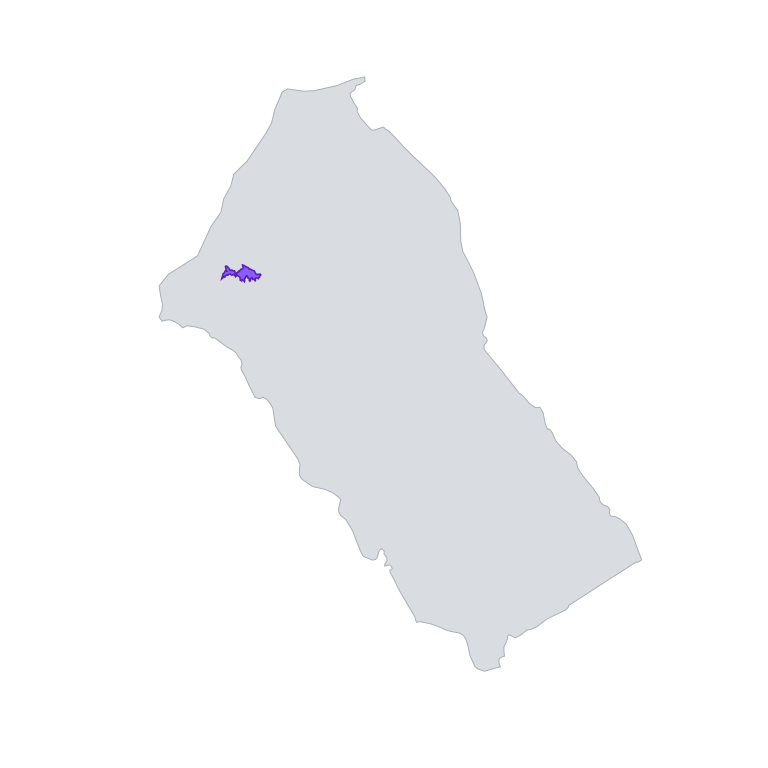 location of Yilo Krobo, Eastern, Ghana, rotated 148°
{"feature_id": "2480657B63323125119927", "entity_name": "Yilo Krobo", "entity_type": "district", "adm_level": 2, "iso_a3": "GHA", "parent_name": "Ghana", "parent_adm1": "Eastern", "projection": "equal_earth", "projection_center": [-0.125, 6.157], "detail": "fine", "context": "in_parent", "style": "filled", "palette": "violet", "viewbox_px": 768, "rotation_deg": 148, "n_neighbors": 0, "source": "geoboundaries", "source_scale": "gbopen_adm2", "svg_char_len": 7586}
<svg xmlns="http://www.w3.org/2000/svg" viewBox="0 0 768 768"><g transform="rotate(148 384 384)"><path d="M451.2,87.3L455.6,92.9L456.6,96.2L455.0,108.3L451.7,116.8L449.7,124.8L449.9,128.8L451.9,132.8L458.7,139.0L462.2,143.1L466.3,149.3L471.0,155.3L479.1,163.2L482.5,164.6L482.4,166.8L481.2,169.8L480.5,199.0L479.9,206.6L479.3,210.4L478.6,221.3L477.7,222.9L476.2,222.7L474.8,223.2L474.4,225.3L475.0,227.6L479.9,229.2L478.8,230.8L475.2,232.3L473.5,235.6L474.2,239.4L472.3,242.4L472.8,244.4L474.1,245.9L476.2,245.3L481.9,240.3L484.3,239.7L487.2,240.8L492.7,248.5L492.9,252.3L490.7,265.1L488.5,275.1L488.1,288.4L490.4,295.8L490.1,299.9L487.6,303.5L482.0,308.6L482.4,312.1L485.0,318.6L489.8,325.9L499.0,334.9L504.0,346.6L504.1,351.4L501.2,356.2L497.9,360.3L496.8,366.3L498.3,405.7L491.0,422.7L490.9,427.6L491.6,433.3L493.6,436.7L497.3,437.6L500.4,440.9L499.4,452.9L497.7,465.2L497.5,471.1L496.6,473.9L493.7,476.2L492.6,480.1L493.3,484.8L492.8,488.3L494.4,492.9L497.7,498.6L503.1,512.7L505.2,513.8L506.1,516.8L505.5,519.7L507.6,525.9L513.6,532.2L519.9,537.6L525.0,538.4L526.2,543.3L529.6,549.5L532.0,552.2L535.9,554.0L539.0,554.9L539.2,560.2L533.5,563.8L529.6,569.2L526.6,577.5L522.6,586.5L508.5,591.3L503.1,591.3L474.2,591.5L447.1,609.4L431.6,615.8L422.0,625.8L409.1,633.0L400.1,641.6L381.4,645.8L350.7,659.5L341.1,664.9L331.4,674.4L315.6,685.5L309.4,685.3L297.0,674.9L287.8,669.7L265.0,661.8L248.1,658.7L239.9,655.3L237.6,654.7L239.5,650.9L244.3,650.7L249.3,651.8L253.0,649.0L258.6,648.6L260.0,645.6L260.5,638.1L260.4,632.0L262.4,629.3L262.9,622.2L260.2,606.4L258.2,604.6L248.4,602.3L247.6,599.2L245.8,595.9L244.0,587.7L241.8,575.6L238.4,560.5L231.8,535.8L230.2,527.0L229.0,518.1L228.8,507.4L230.2,503.4L230.0,497.9L229.4,492.5L234.1,479.9L243.3,464.4L245.3,458.8L247.0,455.0L247.3,449.4L248.9,431.4L253.4,409.7L256.1,401.5L258.0,397.1L260.3,389.9L260.9,386.5L269.3,378.0L273.2,375.7L274.1,372.3L272.8,368.7L273.4,366.2L275.4,364.9L278.5,363.9L280.8,360.4L277.3,333.6L274.5,307.0L274.3,304.7L272.6,301.0L270.9,290.0L268.1,283.6L264.1,281.7L264.2,275.6L268.2,265.4L269.3,259.4L267.3,257.6L267.1,252.9L268.5,245.4L267.8,240.7L267.1,235.8L262.9,224.1L262.0,215.8L264.1,211.0L264.1,200.5L261.9,184.2L261.5,173.9L263.1,169.6L262.3,165.5L259.3,161.7L259.1,157.9L261.7,154.2L261.4,151.4L258.2,149.3L255.3,144.3L252.8,136.4L253.4,123.7L258.3,100.3L258.9,98.3L264.3,98.4L264.3,99.4L281.2,99.2L300.5,99.0L323.6,98.6L344.5,98.4L345.5,97.3L348.9,96.0L370.1,98.4L383.3,97.2L389.0,98.0L393.1,99.6L402.2,98.6L407.1,99.2L410.8,105.0L412.3,105.0L414.3,102.5L418.0,99.7L421.7,97.4L424.4,92.9L426.0,89.4L428.4,90.1L431.9,89.9L434.2,87.0L435.1,82.5L451.2,87.3Z" fill="#d9dde1" stroke="#a8b0b8" stroke-width="1"/><path d="M466.1,559.1L465.4,559.2L465.3,559.4L465.1,559.4L464.8,559.6L464.7,559.6L464.6,559.4L463.9,559.6L462.7,559.8L462.6,559.1L462.5,558.9L462.3,558.9L462.1,559.2L462.0,559.8L461.1,559.8L460.3,559.8L460.2,559.6L459.9,559.6L459.7,559.6L459.5,559.8L459.3,559.8L459.0,559.8L458.9,559.2L458.7,559.0L458.4,559.0L458.2,559.4L457.7,559.3L457.0,559.2L456.1,558.9L456.1,558.6L456.1,558.3L456.2,558.1L456.0,557.9L455.9,557.9L455.7,557.8L455.6,557.7L455.6,557.4L455.4,557.1L455.2,557.0L455.2,556.9L454.9,557.0L454.6,557.0L454.4,556.9L454.3,556.7L454.2,556.7L454.1,556.9L453.9,556.9L453.9,557.0L453.6,556.4L453.4,556.3L453.4,556.1L453.1,555.6L453.3,555.5L453.3,555.3L453.4,555.2L453.2,554.9L453.1,554.7L452.9,554.5L452.9,554.2L452.9,553.7L452.7,553.9L452.4,553.8L452.3,554.1L452.3,554.3L452.0,554.8L451.9,554.9L451.6,555.0L451.4,555.1L451.1,554.8L451.3,554.5L451.4,554.1L451.3,553.8L451.0,553.6L450.7,553.8L450.6,553.6L450.6,553.2L450.4,552.7L449.7,551.5L449.8,550.7L450.0,550.2L450.1,549.7L450.4,549.1L450.6,548.9L451.0,548.0L450.9,547.9L450.4,548.1L450.1,547.6L450.0,547.4L450.0,547.0L450.0,546.9L449.3,547.6L448.8,547.7L448.7,547.2L448.4,546.4L448.4,546.1L448.2,545.8L448.2,545.4L448.1,545.1L448.1,544.7L447.7,545.0L447.5,545.3L447.2,545.6L447.0,545.9L446.8,546.4L446.7,546.6L446.6,547.4L446.4,547.4L446.1,547.4L445.7,547.2L445.4,547.4L445.2,547.7L444.9,547.6L444.7,547.7L444.8,547.7L444.7,547.8L444.5,548.2L444.4,548.1L444.2,548.2L443.9,548.0L443.7,548.2L443.7,548.4L443.2,548.8L443.1,548.7L442.9,548.5L442.8,548.4L442.8,548.1L442.8,547.6L442.9,547.3L442.8,547.2L442.9,546.7L443.0,546.4L443.2,546.5L443.3,546.4L443.4,546.2L443.1,545.8L443.0,545.7L442.9,545.6L442.8,545.3L442.7,545.2L442.7,544.6L442.9,544.2L442.9,543.9L443.2,543.7L443.3,543.5L443.3,543.3L443.4,543.2L443.2,542.9L443.1,542.4L443.2,542.2L442.9,542.2L442.6,542.5L442.3,542.7L442.1,543.0L441.9,543.2L441.7,543.3L441.5,543.6L441.1,543.7L441.1,543.8L440.9,544.0L440.6,544.2L439.8,544.0L439.5,544.0L439.5,543.8L439.6,543.6L439.8,543.1L440.0,542.9L440.0,542.7L439.9,542.5L439.9,542.4L439.6,542.3L439.6,542.2L439.4,542.2L439.2,542.1L438.9,542.0L438.6,541.8L438.6,541.6L438.2,541.1L438.2,540.6L438.7,540.1L438.8,540.1L438.7,539.9L438.4,539.7L438.0,540.1L437.9,540.3L437.8,540.7L437.6,541.1L437.3,541.7L436.8,541.8L436.5,541.9L436.3,541.9L435.9,541.7L435.7,541.4L435.6,541.0L435.5,540.6L435.2,540.6L434.9,540.5L434.7,540.1L434.6,539.9L434.5,540.0L434.2,540.4L434.1,540.5L433.9,540.4L433.8,540.5L433.5,540.7L432.9,540.5L432.2,541.6L431.6,541.5L431.3,541.6L431.2,541.6L430.8,541.6L430.7,541.8L430.5,542.3L430.5,542.5L431.3,543.1L431.5,543.3L432.1,543.4L432.6,543.4L432.7,543.7L432.9,543.8L433.2,544.2L433.4,544.4L433.6,544.5L434.0,544.4L434.1,544.7L434.3,545.0L434.4,545.6L434.3,545.8L434.3,546.0L434.2,546.4L434.2,546.8L434.1,547.0L434.1,547.3L434.1,547.5L434.0,547.8L434.1,548.9L434.6,549.2L435.4,550.5L435.8,551.3L436.0,551.4L436.3,552.0L436.6,552.5L437.2,552.6L437.6,552.8L437.6,553.0L437.3,553.2L437.2,553.3L437.4,553.8L437.4,554.0L437.4,554.7L437.7,554.9L438.3,555.8L438.5,555.9L438.6,556.1L438.7,556.6L439.2,556.8L439.2,557.1L439.3,557.2L439.3,557.8L439.6,558.3L439.9,558.4L439.9,558.8L440.2,559.2L440.5,559.3L440.8,559.5L440.8,559.8L440.8,560.0L441.0,560.0L441.0,559.9L441.1,559.1L441.3,559.0L441.3,558.7L441.4,558.4L441.5,558.1L441.6,557.9L441.7,557.5L441.9,557.3L441.9,557.2L441.9,556.8L442.5,556.7L442.8,556.8L443.2,556.9L443.4,556.9L444.1,556.9L444.3,556.9L444.5,557.1L445.1,557.2L445.3,557.0L445.4,556.9L445.5,556.8L445.6,556.7L446.1,556.5L446.2,556.4L446.3,556.5L446.5,556.5L446.7,556.4L446.8,556.4L446.9,556.5L446.9,556.4L447.0,556.4L447.1,556.2L447.1,556.3L447.1,556.2L447.4,555.9L447.9,556.2L448.3,556.3L448.5,556.3L448.7,556.5L448.9,556.5L449.1,556.1L449.4,555.8L449.6,555.9L449.7,556.3L449.8,556.5L450.0,556.5L450.1,556.4L450.1,556.2L450.3,556.0L450.6,556.1L450.9,555.9L451.0,555.9L451.1,555.7L451.4,555.7L451.6,555.8L451.8,556.0L451.8,556.3L451.7,556.4L451.7,556.5L451.7,556.8L451.5,557.1L451.1,557.9L450.8,558.4L450.8,558.5L450.7,558.6L450.9,559.1L450.9,559.4L451.3,559.4L451.7,559.6L451.9,559.6L452.1,560.1L452.2,560.5L452.5,561.1L452.9,561.5L453.2,561.5L453.8,561.4L454.0,561.4L454.1,561.7L454.3,562.4L454.3,562.8L454.0,563.2L454.0,563.4L454.0,563.6L454.1,563.8L454.2,564.7L454.5,565.4L454.4,565.9L454.6,566.2L454.6,566.4L454.7,566.5L454.8,566.8L454.9,567.1L454.9,567.3L455.0,567.4L455.3,567.6L455.6,567.8L455.9,567.9L456.3,567.7L456.4,567.3L456.6,566.9L456.6,566.5L456.6,566.3L456.8,565.9L457.0,565.7L457.1,565.1L457.3,565.0L457.3,562.8L457.9,563.1L458.4,563.6L458.5,563.8L458.8,564.1L460.4,563.0L460.8,562.8L461.0,562.9L461.6,562.7L461.8,562.8L461.9,562.7L462.1,562.7L462.4,562.6L462.5,562.2L462.8,561.9L463.0,561.5L463.3,561.3L463.6,561.2L463.8,561.0L463.9,560.9L464.0,560.8L464.1,560.7L464.3,560.8L464.4,560.7L464.6,560.3L465.4,559.8L465.9,559.3L466.1,559.1Z" fill="#8b5cf6" stroke="#5b21b6" stroke-width="1.5"/></g></svg>